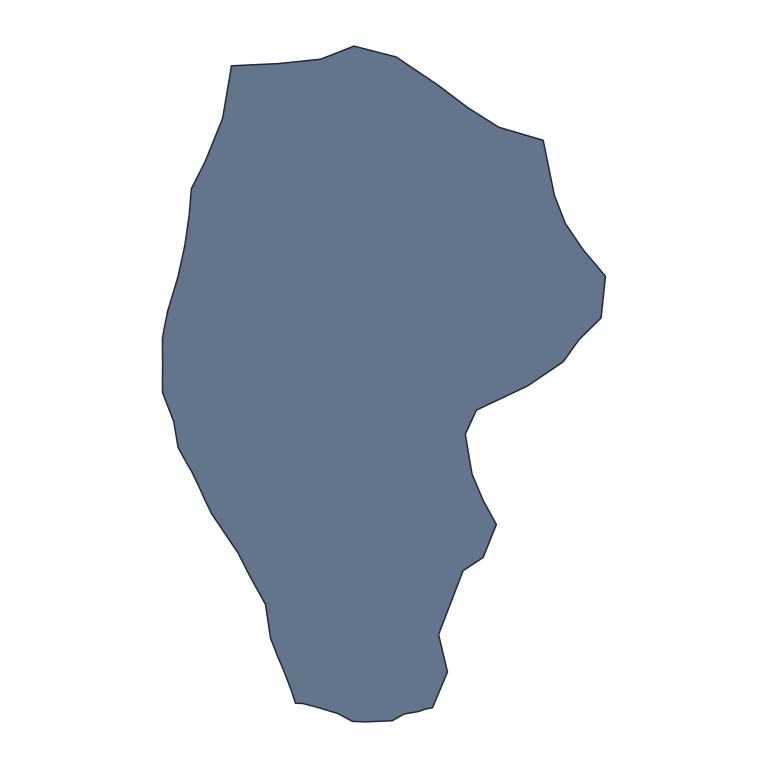 Liopetri, Famagusta, Cyprus (Robinson projection)
{"feature_id": "46923920B85903547273870", "entity_name": "Liopetri", "entity_type": "district", "adm_level": 2, "iso_a3": "CYP", "parent_name": "Cyprus", "parent_adm1": "Famagusta", "projection": "robinson", "projection_center": [33.886, 35.0], "detail": "fine", "context": "isolated", "style": "filled", "palette": "slate", "viewbox_px": 768, "rotation_deg": 0, "n_neighbors": 0, "source": "geoboundaries", "source_scale": "gbopen_adm2", "svg_char_len": 1086}
<svg xmlns="http://www.w3.org/2000/svg" viewBox="0 0 768 768"><path d="M543.2,140.3L498.6,127.2L467.5,107.5L438.5,85.5L396.2,57.0L353.9,46.1L320.6,59.2L278.3,63.6L231.5,65.8L222.6,118.4L204.8,162.3L191.4,188.6L189.2,214.9L184.8,245.6L178.1,276.3L167.2,312.7L167.5,312.7L165.0,324.2L162.5,337.7L162.5,352.1L162.6,365.7L162.5,378.2L162.5,392.5L173.2,420.1L173.7,421.2L174.2,424.4L178.1,447.5L186.5,462.7L192.2,472.5L200.8,490.7L205.0,500.1L210.3,511.0L211.6,513.7L233.5,546.2L235.5,549.1L238.3,553.4L238.6,553.8L239.9,556.6L249.3,575.1L256.3,587.9L265.5,604.4L270.6,638.5L275.1,649.8L276.4,653.5L279.6,661.0L282.2,667.0L286.8,678.6L288.1,682.1L290.2,687.6L291.3,690.5L295.5,703.3L302.2,703.4L316.9,707.2L337.8,713.5L352.4,721.4L365.5,721.9L392.4,720.7L404.0,714.0L418.3,711.6L426.1,708.9L432.5,707.8L447.5,672.0L438.6,634.5L463.1,570.7L483.1,557.5L496.4,524.5L483.1,500.3L472.0,473.9L465.3,434.3L476.4,410.1L527.6,385.9L563.2,361.8L578.8,339.9L601.1,317.9L605.5,276.3L583.3,250.0L565.4,223.6L554.3,195.1L549.9,173.2L543.2,140.3Z" fill="#64748b" stroke="#1e293b" stroke-width="1.5"/></svg>